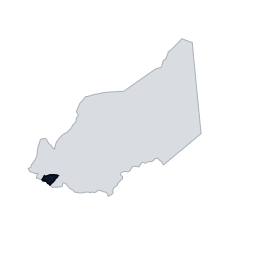 Barh-Sara, Mandoul, Chad shown in context, rotated 51°
{"feature_id": "50815135B19223233714044", "entity_name": "Barh-Sara", "entity_type": "district", "adm_level": 2, "iso_a3": "TCD", "parent_name": "Chad", "parent_adm1": "Mandoul", "projection": "equal_earth", "projection_center": [17.726, 8.38], "detail": "fine", "context": "in_parent", "style": "filled", "palette": "ink", "viewbox_px": 256, "rotation_deg": 51, "n_neighbors": 0, "source": "geoboundaries", "source_scale": "gbopen_adm2", "svg_char_len": 5167}
<svg xmlns="http://www.w3.org/2000/svg" viewBox="0 0 256 256"><g transform="rotate(51 128 128)"><path d="M178.4,74.7L178.4,80.5L178.5,86.2L178.6,92.0L178.7,97.7L178.7,103.5L178.8,109.3L178.9,115.1L179.0,120.9L179.0,122.8L178.9,123.5L178.6,123.8L176.3,123.2L175.3,123.2L173.9,123.6L171.8,123.9L170.5,123.8L169.6,124.8L168.9,126.0L169.2,128.9L169.2,129.8L168.9,130.8L168.3,131.7L167.6,132.3L167.3,132.9L166.8,134.3L166.5,134.9L166.5,135.7L166.4,136.5L166.0,137.0L165.1,137.3L164.4,137.7L163.9,138.3L163.6,138.8L163.8,139.4L164.0,140.2L164.2,141.5L164.3,142.3L164.8,142.9L165.1,143.3L165.2,143.9L164.9,144.3L163.7,145.2L163.3,145.6L162.7,146.1L161.7,147.1L161.2,147.9L161.0,148.6L161.0,149.5L161.5,150.8L162.0,152.0L162.2,152.9L162.3,153.8L162.2,154.7L162.0,155.5L161.6,156.2L159.9,157.6L159.2,159.0L158.5,160.8L158.4,161.8L158.5,162.4L158.9,163.0L159.4,163.2L160.1,163.3L161.3,163.0L162.3,162.8L163.5,163.5L164.1,165.0L163.9,166.1L164.3,168.0L164.7,170.4L164.7,171.2L164.9,171.5L165.6,171.7L165.8,172.3L165.6,176.5L165.9,177.6L166.4,178.5L167.0,178.9L167.5,179.5L167.8,179.9L168.4,180.0L169.2,180.7L169.4,181.7L169.3,182.7L168.9,184.9L168.6,186.3L168.2,186.2L167.3,185.8L166.3,185.5L165.0,185.3L163.8,185.9L162.5,186.6L162.1,187.2L161.7,187.5L161.2,187.5L160.6,187.6L160.3,188.1L159.9,188.7L158.0,189.9L157.6,190.4L157.4,190.8L157.4,191.3L157.6,192.3L157.6,193.6L157.1,194.6L156.7,195.3L156.1,195.5L155.6,195.7L155.3,196.1L154.4,198.4L153.9,198.8L153.1,198.7L150.6,202.2L150.4,203.2L149.4,204.6L148.3,206.2L147.3,207.0L147.2,207.3L146.9,207.6L146.3,207.9L144.1,209.9L141.5,209.8L140.3,210.6L139.2,210.9L137.5,211.3L137.0,211.2L134.9,211.4L132.4,211.3L131.4,211.6L130.5,212.4L129.9,213.0L129.9,213.5L131.6,215.3L132.0,216.1L131.6,216.8L131.4,217.0L131.1,217.6L130.1,219.4L128.5,221.5L127.7,222.1L127.4,222.5L127.0,223.9L126.7,224.1L125.6,224.3L123.5,224.5L120.6,224.9L118.8,225.1L117.7,225.0L116.2,225.9L115.7,226.2L115.3,226.3L113.8,227.2L112.5,228.7L112.1,228.9L110.3,229.6L109.6,230.6L109.3,230.7L108.1,229.3L107.4,228.1L107.0,226.9L106.9,226.5L106.7,226.6L106.1,227.1L105.5,227.7L105.3,228.9L103.5,229.7L101.9,230.4L101.2,231.2L100.1,231.7L98.7,231.5L97.6,231.1L96.5,231.0L97.0,230.0L97.2,229.2L97.3,228.2L97.2,227.5L96.5,227.2L96.1,226.7L95.2,223.6L94.3,220.5L92.9,217.4L91.5,215.4L90.5,214.2L90.1,214.1L89.6,213.7L89.2,213.3L87.3,211.2L85.3,208.9L84.8,207.8L83.8,206.2L82.7,204.6L82.1,203.8L81.9,202.4L82.6,201.2L83.5,199.7L84.5,198.7L85.8,198.6L87.9,199.0L90.3,199.2L92.6,198.8L93.2,198.6L93.7,198.6L95.0,199.0L97.1,198.9L98.3,198.3L97.1,197.2L95.8,195.5L94.6,193.7L93.8,192.0L93.2,189.9L92.6,187.2L92.2,183.8L92.3,181.8L92.5,180.4L93.1,178.1L92.7,176.8L92.8,175.7L92.7,174.2L92.5,173.3L91.7,170.7L91.5,170.4L90.8,168.6L90.5,165.5L89.7,163.5L88.3,162.6L87.6,161.4L87.3,159.3L86.8,158.7L84.7,158.0L82.9,158.0L81.6,155.7L80.0,152.6L78.5,149.8L77.6,144.2L77.0,141.0L77.7,140.0L78.9,137.7L80.6,133.4L84.2,126.6L86.0,123.2L89.7,118.0L94.3,111.7L96.8,108.1L97.2,101.7L97.7,94.8L98.0,89.7L98.5,83.6L98.8,78.5L99.1,74.8L99.5,69.5L99.8,68.5L101.5,64.4L101.7,63.8L101.3,63.1L98.9,59.7L98.1,58.9L97.7,57.1L98.3,56.0L95.4,50.2L94.6,49.5L94.3,48.8L94.3,47.7L94.2,43.7L93.5,37.4L92.5,30.0L96.0,27.9L98.6,26.4L102.0,24.3L105.2,26.4L109.7,29.4L114.2,32.4L118.7,35.4L123.3,38.4L127.8,41.4L132.4,44.5L137.0,47.5L141.5,50.5L146.1,53.5L150.7,56.5L155.3,59.6L159.9,62.6L164.5,65.6L169.1,68.7L173.7,71.7L178.4,74.7Z" fill="#d9dde1" stroke="#a8b0b8" stroke-width="1"/><path d="M112.4,223.0L113.3,225.2L113.6,225.9L114.0,226.8L114.0,227.0L114.1,227.4L114.3,227.3L114.4,227.1L114.5,227.0L114.7,226.9L114.8,226.8L115.0,226.7L115.1,226.8L115.1,226.7L115.3,226.8L115.3,226.7L115.5,226.6L115.5,226.4L115.7,226.5L115.8,226.5L115.8,226.4L116.0,226.1L116.2,226.3L116.3,226.4L116.4,226.5L116.5,226.2L116.7,225.9L116.8,225.8L117.0,225.9L117.1,225.7L117.3,225.6L117.5,225.6L117.8,225.3L117.8,225.2L118.0,225.0L118.1,224.9L118.1,225.0L118.3,225.1L118.5,225.0L118.8,225.1L119.0,225.1L119.4,225.1L119.7,225.2L120.1,225.2L120.3,225.3L120.5,225.3L120.6,225.2L121.1,224.8L121.4,224.7L121.5,224.6L121.9,224.6L122.4,224.6L122.5,224.6L122.8,224.5L123.1,224.5L123.3,224.5L123.3,224.4L123.2,224.0L123.1,223.8L123.1,223.7L123.1,223.4L123.0,223.1L123.0,222.9L122.9,222.5L122.9,222.4L122.8,222.0L122.8,221.9L122.8,221.6L122.8,221.4L122.9,221.1L122.9,220.8L122.9,220.7L122.9,220.3L122.8,219.8L122.8,219.6L122.7,219.5L122.6,219.3L122.6,219.1L122.4,218.5L122.4,218.3L122.4,218.2L122.4,217.8L122.4,217.7L122.2,217.4L121.9,217.3L121.9,217.1L121.8,216.9L121.8,216.6L121.7,216.4L121.7,216.2L121.7,215.9L121.7,215.4L121.7,215.2L121.7,214.9L121.8,214.8L121.8,214.7L121.8,214.4L121.7,214.2L121.5,213.8L121.4,213.7L121.3,213.4L121.3,213.2L121.2,213.0L121.2,212.8L121.2,212.6L121.1,212.2L120.8,212.4L120.4,212.6L120.0,212.7L119.8,213.1L119.5,213.2L119.1,213.6L118.9,213.9L118.7,214.2L118.4,214.4L118.0,214.5L117.8,214.8L117.5,215.3L117.3,215.7L117.0,216.1L116.6,216.4L116.2,216.7L116.1,217.0L115.9,217.3L115.6,217.6L115.2,218.1L115.1,218.4L115.0,218.9L114.8,219.5L114.7,220.0L114.5,220.5L114.3,220.8L113.8,221.9L113.5,222.7L112.9,222.8L112.4,223.0L112.4,223.0Z" fill="#0f172a" stroke="#020617" stroke-width="1.5"/></g></svg>